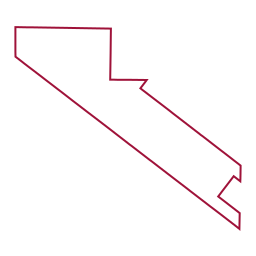 outline of 9 de Julio, Chaco, Argentina
{"feature_id": "61730980B13427760820692", "entity_name": "9 de Julio", "entity_type": "district", "adm_level": 2, "iso_a3": "ARG", "parent_name": "Argentina", "parent_adm1": "Chaco", "projection": "orthographic", "projection_center": [-61.238, -27.011], "detail": "fine", "context": "isolated", "style": "outline", "palette": "rose", "viewbox_px": 256, "rotation_deg": 0, "n_neighbors": 0, "source": "geoboundaries", "source_scale": "gbopen_adm2", "svg_char_len": 979}
<svg xmlns="http://www.w3.org/2000/svg" viewBox="0 0 256 256"><path d="M15.5,56.7L22.0,61.7L23.0,62.5L24.5,63.7L26.1,64.9L27.9,66.3L32.0,69.4L48.4,82.0L64.7,94.5L68.7,97.6L72.8,100.8L89.1,113.3L89.7,113.7L91.1,114.8L109.5,128.9L127.7,143.0L129.6,144.5L131.7,146.0L133.1,147.1L149.8,160.0L151.2,161.0L168.2,174.1L170.2,175.6L171.2,176.4L188.3,189.5L190.3,191.1L192.4,192.7L209.7,206.0L218.4,212.6L236.8,226.8L239.4,228.9L239.7,213.1L220.3,198.1L218.2,196.5L220.8,193.1L221.3,192.4L232.1,178.3L233.7,176.2L240.3,181.3L240.4,179.0L240.5,174.4L240.6,167.1L240.6,165.6L223.2,152.1L221.2,150.6L202.2,135.9L201.3,135.3L201.0,135.1L199.4,133.8L172.7,113.2L170.7,111.6L169.7,110.8L142.4,89.9L140.4,88.3L145.3,81.9L145.7,81.4L146.7,80.0L128.8,79.8L117.8,79.8L114.6,79.7L110.2,79.7L110.6,53.6L110.8,35.6L110.9,28.6L98.0,28.4L85.5,28.2L67.8,27.9L55.2,27.7L29.4,27.3L25.9,27.3L15.5,27.1L15.4,27.1L15.4,33.8L15.4,45.8L15.4,51.7L15.5,56.7Z" fill="none" stroke="#9f1239" stroke-width="2"/></svg>